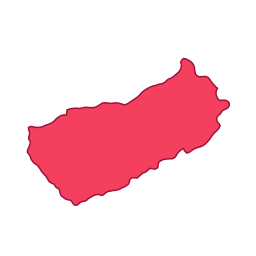 outline of Vargem Grande do Rio Pardo, Minas Gerais, Brazil, rotated 55°
{"feature_id": "56859067B74377484485590", "entity_name": "Vargem Grande do Rio Pardo", "entity_type": "district", "adm_level": 2, "iso_a3": "BRA", "parent_name": "Brazil", "parent_adm1": "Minas Gerais", "projection": "equal_earth", "projection_center": [-42.301, -15.332], "detail": "fine", "context": "isolated", "style": "filled", "palette": "rose", "viewbox_px": 256, "rotation_deg": 55, "n_neighbors": 0, "source": "geoboundaries", "source_scale": "gbopen_adm2", "svg_char_len": 2824}
<svg xmlns="http://www.w3.org/2000/svg" viewBox="0 0 256 256"><g transform="rotate(55 128 128)"><path d="M168.3,188.0L168.6,185.6L168.2,183.4L168.6,180.5L169.5,178.7L170.2,177.0L171.9,174.0L172.9,171.5L173.4,168.9L173.8,166.1L174.3,164.1L174.3,160.1L172.9,157.6L171.2,156.3L171.0,153.3L172.8,150.9L174.3,149.0L173.8,145.8L173.4,142.3L174.2,138.8L173.9,135.7L173.7,133.0L175.8,131.0L177.3,129.2L177.5,126.5L176.2,125.0L174.8,124.0L173.8,122.4L173.5,120.3L173.9,117.8L174.9,115.4L176.1,113.2L177.5,111.0L178.8,108.9L178.9,106.1L177.9,103.6L176.9,101.2L176.3,97.3L176.7,94.2L178.9,94.8L182.1,94.3L183.0,92.0L183.0,88.5L183.0,86.1L183.8,82.4L184.9,79.4L185.4,76.8L185.4,73.7L184.9,71.0L184.4,68.7L183.4,65.9L182.3,63.0L181.5,59.9L181.0,56.4L180.3,53.5L178.9,51.2L176.5,51.0L174.0,51.4L171.9,50.4L170.4,49.4L169.7,47.5L169.4,44.5L168.6,42.5L168.0,40.2L168.6,37.3L168.7,34.3L167.7,32.2L166.1,31.0L164.6,30.7L163.1,31.1L161.3,32.1L159.8,34.0L158.6,36.1L157.0,37.5L155.4,37.6L153.6,37.3L152.2,36.9L150.4,36.3L148.3,34.6L146.8,31.9L144.7,32.5L142.4,32.8L140.5,33.1L137.5,33.2L134.4,33.2L132.6,33.5L130.5,34.6L129.4,36.1L128.1,38.4L126.6,40.5L124.9,41.5L122.7,41.7L121.2,41.2L119.4,40.5L117.7,39.5L116.2,38.8L114.7,38.3L112.0,38.1L110.1,38.4L108.2,39.0L106.0,40.2L104.2,41.3L102.9,42.7L103.2,45.0L104.4,47.2L106.7,47.8L108.3,49.2L109.9,51.0L111.1,53.9L111.4,56.1L111.6,58.1L111.9,60.6L111.9,63.1L111.6,65.1L111.1,67.0L111.3,69.4L111.7,71.5L111.4,74.1L110.2,76.9L109.4,79.5L108.8,81.4L107.9,83.6L107.1,87.0L106.8,89.8L106.6,92.6L106.7,95.3L107.1,97.4L107.7,99.7L108.1,102.5L108.0,105.0L108.0,107.5L108.0,110.1L107.9,113.0L107.7,115.5L107.0,117.7L105.2,119.0L103.4,120.5L102.0,121.7L100.7,123.2L99.2,125.7L97.4,128.8L95.3,130.9L93.9,132.8L92.8,134.9L92.8,137.8L92.5,141.8L91.6,144.4L90.3,146.3L89.0,148.1L87.8,149.5L86.4,151.3L85.3,154.1L84.3,156.5L82.8,158.1L81.7,159.7L80.6,161.4L79.7,163.1L78.9,165.2L78.2,167.5L80.0,169.1L82.1,171.1L80.5,173.1L79.5,175.3L79.1,178.9L79.4,181.9L80.0,184.8L80.1,187.4L79.6,190.0L78.5,194.0L77.9,197.4L76.4,200.7L74.5,203.3L72.5,205.1L70.7,207.1L70.6,209.3L72.3,210.3L74.5,210.8L76.9,212.4L78.4,214.5L80.3,215.7L83.3,215.8L85.0,217.6L86.3,219.4L87.6,221.5L88.7,223.1L90.0,224.3L92.2,224.3L94.2,224.2L96.2,224.7L98.3,225.3L100.1,225.3L102.7,225.1L104.8,224.4L106.6,223.5L109.4,223.5L112.0,223.5L114.1,223.8L115.9,223.5L118.1,223.3L120.4,222.9L123.3,223.1L125.0,223.2L126.8,223.3L129.0,222.4L131.2,221.1L132.9,220.8L134.4,221.0L135.9,220.8L137.8,219.8L140.0,219.7L141.4,220.6L143.0,221.1L144.9,221.6L146.9,221.1L148.5,220.5L150.0,220.1L151.6,219.0L153.1,217.6L154.7,216.3L157.7,216.3L160.0,216.3L161.5,214.8L162.0,212.9L161.5,209.6L162.3,206.9L163.2,205.2L163.4,203.1L163.1,200.7L163.2,198.4L163.6,194.9L164.4,192.1L165.9,190.0L168.3,188.0Z" fill="#f43f5e" stroke="#9f1239" stroke-width="1.5"/></g></svg>